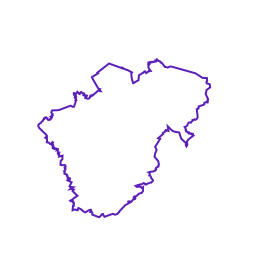 the district of Chilpancingo de los Bravo, Guerrero, Mexico, rotated 144°
{"feature_id": "50627088B70849430665629", "entity_name": "Chilpancingo de los Bravo", "entity_type": "district", "adm_level": 2, "iso_a3": "MEX", "parent_name": "Mexico", "parent_adm1": "Guerrero", "projection": "mercator", "projection_center": [-99.694, 17.392], "detail": "fine", "context": "isolated", "style": "outline", "palette": "violet", "viewbox_px": 256, "rotation_deg": 144, "n_neighbors": 0, "source": "geoboundaries", "source_scale": "gbopen_adm2", "svg_char_len": 5800}
<svg xmlns="http://www.w3.org/2000/svg" viewBox="0 0 256 256"><g transform="rotate(144 128 128)"><path d="M199.2,70.0L190.7,67.5L189.5,65.5L187.1,64.7L185.0,65.3L184.7,65.1L184.2,65.4L184.3,65.5L183.6,65.7L175.6,67.2L168.9,66.4L171.1,67.3L171.0,68.3L169.9,67.9L169.1,66.6L168.7,66.4L165.6,67.2L164.3,66.4L163.5,66.6L163.3,67.2L164.2,68.4L164.0,68.7L163.3,68.9L161.2,68.0L157.2,68.4L155.4,67.4L153.2,68.0L150.6,71.3L151.5,71.3L151.6,71.6L152.1,71.6L152.5,73.3L155.6,75.3L155.8,76.7L154.8,76.2L153.7,76.2L152.5,75.4L151.6,75.4L150.1,74.4L147.7,74.2L147.2,73.6L147.2,72.3L146.8,72.2L146.6,71.6L145.8,71.7L142.0,70.7L141.4,70.2L138.8,70.6L138.4,71.8L138.7,73.7L138.1,75.5L138.1,76.3L138.6,77.0L137.8,77.3L137.6,78.0L137.2,78.6L137.1,79.3L137.4,80.0L134.9,79.1L133.5,78.2L131.1,77.5L130.5,78.0L129.9,77.8L129.5,78.0L129.5,78.8L128.6,79.3L126.6,79.0L126.4,79.3L125.9,79.1L125.7,79.6L124.4,80.3L122.9,83.8L123.3,86.3L123.4,89.2L121.3,91.2L117.7,93.5L117.1,96.8L108.4,100.3L109.6,102.0L103.1,102.5L103.1,103.1L102.8,103.4L99.3,103.3L99.3,103.9L98.6,104.2L97.0,101.9L94.8,106.0L93.9,100.3L93.2,98.7L92.3,97.4L89.2,94.3L91.2,88.1L90.0,81.6L91.3,80.3L91.5,78.7L90.0,79.4L88.1,82.5L85.6,83.3L79.7,83.4L80.0,83.9L79.8,84.4L79.2,84.5L78.9,85.2L79.9,86.0L80.4,85.8L80.6,86.0L80.3,86.5L80.7,86.8L80.8,87.1L81.3,87.2L82.0,87.8L81.8,88.2L82.1,88.7L81.5,88.9L82.9,90.7L82.8,91.5L82.5,91.2L82.4,92.3L81.9,92.7L81.7,94.5L81.6,94.4L81.6,94.0L81.6,93.9L81.5,95.5L80.6,95.2L78.6,95.1L77.7,95.9L75.5,96.7L74.2,95.8L74.1,95.4L73.8,95.4L72.9,95.8L71.3,95.9L71.0,96.5L70.3,95.9L69.1,96.0L68.7,95.0L67.1,94.9L65.7,95.5L64.9,96.3L61.3,102.9L60.5,102.9L59.8,102.3L59.5,102.3L58.1,103.9L55.1,103.0L53.1,102.2L52.7,102.5L52.1,102.5L51.4,103.5L49.5,103.0L48.8,101.9L48.5,101.8L47.6,102.9L47.5,103.6L46.9,103.7L46.7,104.2L46.3,104.2L45.1,109.9L44.9,109.9L44.2,110.9L42.8,111.8L42.2,112.6L37.6,112.6L36.2,115.4L38.0,117.8L38.0,118.5L37.4,119.2L36.4,119.5L34.8,122.0L38.3,124.8L41.2,132.5L56.3,151.6L57.4,152.8L60.4,153.6L61.6,155.2L62.2,155.6L62.4,161.1L62.9,161.4L62.9,162.3L63.1,162.5L63.2,163.1L63.1,163.3L63.4,163.6L63.6,164.2L64.1,164.6L64.0,165.0L64.3,165.5L64.1,166.1L64.3,166.5L65.0,165.9L66.1,165.5L66.3,165.7L66.5,165.4L66.8,165.6L66.7,166.2L67.1,165.9L67.7,166.2L68.0,166.1L68.4,166.2L68.6,166.8L69.6,167.1L69.7,167.4L70.2,167.2L70.7,167.8L70.8,167.5L71.3,167.9L71.6,167.8L71.9,168.2L72.3,168.3L72.5,168.7L73.0,168.5L73.3,168.8L73.7,168.2L73.5,167.8L73.8,167.7L73.4,167.0L74.5,166.9L74.5,166.5L74.9,166.4L75.8,165.1L76.1,164.1L76.2,161.1L77.0,161.9L76.5,161.1L76.8,161.1L77.4,161.9L78.0,161.5L78.8,161.9L79.6,161.6L80.8,162.1L81.0,162.0L80.9,163.8L81.4,164.1L83.2,163.7L83.3,163.9L88.2,164.2L91.4,160.5L96.4,161.1L97.1,160.9L97.5,161.3L96.1,165.3L94.6,168.1L93.1,170.4L92.1,170.6L94.4,175.3L94.6,175.4L95.8,177.2L96.4,178.5L96.7,178.5L97.2,179.6L97.0,180.0L97.5,180.5L97.8,180.0L105.4,191.3L120.2,190.8L120.1,189.8L127.2,190.4L127.6,189.3L128.8,177.9L128.6,176.2L128.0,176.1L127.7,175.8L128.6,175.3L128.5,173.9L129.0,174.3L129.6,175.8L136.7,175.2L137.3,175.7L137.9,175.7L138.1,175.3L138.3,175.5L139.0,175.5L138.9,175.6L139.4,176.3L140.3,175.8L140.4,175.2L142.0,174.8L143.2,175.1L145.0,177.5L144.8,177.8L143.9,178.3L142.8,177.9L142.2,178.3L142.7,179.1L144.8,180.5L144.9,181.0L143.5,181.2L143.2,181.7L144.5,183.5L144.6,184.6L145.6,184.8L146.1,184.6L146.4,184.1L147.1,183.8L147.6,184.5L147.6,187.0L148.5,186.9L150.1,186.1L150.8,186.7L150.9,187.8L151.2,188.1L151.6,187.8L152.2,186.7L151.3,184.9L151.3,184.0L152.1,183.4L152.4,183.5L152.6,184.5L153.2,184.1L153.3,182.7L153.0,182.0L153.4,180.9L154.4,181.1L154.8,180.1L159.1,177.0L160.3,177.6L161.3,179.8L172.9,183.0L174.9,184.0L179.0,186.8L180.5,186.1L180.9,185.7L181.0,184.8L180.8,183.6L182.1,183.2L181.7,182.4L183.0,181.9L183.2,182.0L183.0,181.6L183.2,181.3L184.5,180.8L184.7,181.3L185.7,180.8L186.2,181.0L186.5,180.6L187.4,181.0L188.0,181.9L187.9,183.0L187.6,183.2L188.1,183.6L187.9,184.6L188.5,185.0L189.1,184.6L189.6,185.2L190.1,184.9L190.4,185.1L190.9,184.4L192.3,184.3L192.8,183.8L194.4,183.8L195.3,183.3L196.7,183.5L198.5,183.3L199.4,182.4L199.8,180.1L198.7,173.8L198.3,173.8L198.7,173.6L198.2,171.7L198.2,169.1L200.6,168.8L200.2,168.0L199.4,167.7L201.2,165.0L202.1,164.1L200.6,162.7L200.3,160.6L199.7,159.9L197.6,161.0L197.5,160.5L198.1,160.5L198.2,160.3L197.6,160.1L198.2,159.7L199.0,159.7L199.0,159.3L198.7,159.2L198.9,158.9L198.7,158.7L199.0,158.5L198.6,158.2L198.7,157.9L199.4,157.9L199.9,157.3L199.6,157.0L199.2,157.2L199.2,156.7L199.6,156.2L199.9,156.7L200.6,156.0L200.1,155.7L200.4,155.6L200.0,155.2L200.1,154.2L199.0,153.9L198.8,154.1L198.2,153.7L198.3,152.9L197.6,152.5L198.4,152.0L197.4,151.8L199.5,148.9L199.2,148.8L199.7,148.6L199.6,147.8L198.9,147.6L199.4,147.2L199.6,146.3L200.0,146.4L199.9,145.5L200.3,145.3L197.2,144.1L199.5,141.3L201.8,140.9L204.3,137.8L203.6,137.0L200.7,135.0L201.2,133.3L202.5,133.3L202.8,132.6L202.5,131.9L202.6,131.5L205.0,130.7L204.7,130.0L206.3,128.5L205.0,126.7L205.1,126.4L204.9,126.1L205.5,125.5L205.1,124.9L205.4,124.5L205.5,123.8L205.8,123.8L205.7,123.1L206.1,122.6L206.8,122.2L206.9,121.8L207.9,121.5L205.2,121.3L204.7,121.5L204.6,121.3L205.0,121.1L205.4,120.4L206.5,120.1L207.3,120.4L205.5,117.2L209.6,115.2L209.6,114.9L209.4,114.5L209.4,114.1L208.9,113.9L207.2,112.3L209.8,112.6L210.7,112.5L209.9,112.1L208.0,110.0L209.9,109.4L208.7,102.9L210.1,103.0L211.0,102.8L211.9,103.1L215.3,102.8L217.5,103.2L217.3,102.3L216.4,101.6L216.3,101.4L215.5,101.1L215.9,99.0L216.1,99.0L216.3,99.3L216.4,98.4L217.5,97.0L218.1,97.5L221.2,94.0L218.8,93.3L217.8,91.7L217.0,91.1L216.5,91.8L215.2,92.4L213.5,89.2L213.4,87.6L212.3,84.9L207.0,84.3L206.1,83.7L206.2,82.9L207.8,82.2L206.6,81.1L206.7,80.2L207.8,78.9L204.2,73.3L203.7,72.8L201.4,73.0L199.7,73.6L198.8,73.1L199.1,72.2L199.2,70.0Z" fill="none" stroke="#5b21b6" stroke-width="2"/></g></svg>